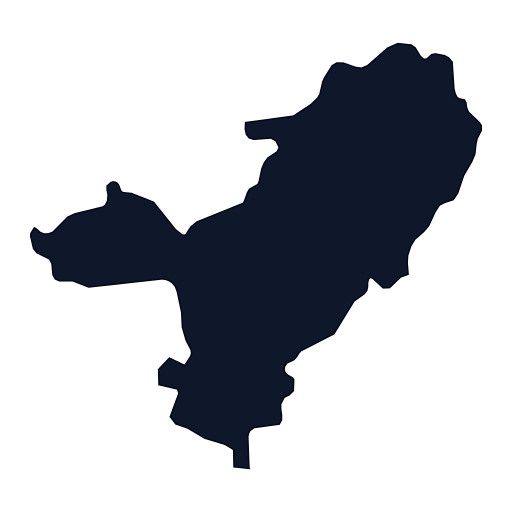 the border of Nuoro
{"feature_id": "ITA-5376", "entity_name": "Nuoro", "entity_type": "Province", "adm_level": 1, "iso_a3": "ITA", "parent_name": "Italy", "parent_adm1": "", "projection": "albers", "projection_center": [9.253, 40.262], "detail": "fine", "context": "isolated", "style": "filled", "palette": "ink", "viewbox_px": 512, "rotation_deg": 0, "n_neighbors": 0, "source": "natural_earth", "source_scale": "10m", "svg_char_len": 2198}
<svg xmlns="http://www.w3.org/2000/svg" viewBox="0 0 512 512"><path d="M452.1,62.0L453.9,88.8L455.1,93.7L457.0,97.5L459.4,98.9L464.5,100.0L466.0,103.0L466.4,107.3L468.4,112.2L479.0,122.2L481.2,125.4L481.3,130.3L477.1,138.6L476.0,143.6L474.8,154.1L471.7,161.5L463.6,175.4L457.6,193.2L453.1,199.7L444.9,202.3L439.4,205.1L435.1,211.7L428.6,225.7L423.9,231.3L414.7,239.4L410.7,246.0L407.6,255.5L407.2,263.0L408.1,274.3L400.6,277.0L389.6,287.6L383.2,287.9L373.1,278.5L370.5,277.3L368.3,279.3L367.6,282.8L367.5,286.8L366.8,290.3L364.3,293.7L354.0,301.0L333.9,333.8L300.6,350.9L298.6,353.3L296.7,356.6L293.7,359.8L286.7,363.1L284.4,366.9L284.2,369.4L284.6,371.5L285.6,373.3L287.1,374.8L292.7,378.1L293.7,379.7L293.3,390.8L289.3,394.7L284.1,397.3L280.6,404.3L280.7,409.3L281.5,414.7L281.5,419.8L279.3,424.1L253.9,427.6L249.9,430.6L248.5,433.3L247.8,436.5L248.9,467.1L249.3,468.4L234.0,466.8L233.7,450.4L233.3,449.6L232.6,448.8L224.4,444.1L204.8,438.2L187.5,427.9L175.8,423.9L170.3,416.7L179.0,393.1L177.5,389.0L159.0,384.7L158.6,369.5L169.4,358.1L184.7,365.5L190.7,356.4L191.6,353.2L191.1,349.8L186.2,340.4L182.4,327.1L181.7,312.4L177.3,291.5L175.4,286.5L172.3,282.7L168.9,280.5L165.5,279.3L162.0,278.9L88.7,287.0L72.7,280.8L59.4,280.8L55.4,279.0L53.0,274.8L52.0,263.7L49.6,259.0L36.9,252.7L33.6,248.6L30.7,236.3L30.9,233.4L34.3,227.9L36.0,228.7L40.1,232.4L44.0,234.0L48.5,233.9L52.9,232.2L67.8,217.1L74.8,213.9L103.2,206.9L105.6,204.9L107.6,200.8L108.1,195.0L107.1,190.0L107.1,185.9L110.9,182.6L113.0,181.9L115.0,182.1L116.8,183.0L118.4,184.8L120.4,190.1L121.2,191.5L122.8,192.6L131.4,193.5L153.5,202.2L175.3,229.5L182.3,235.1L185.5,235.2L191.0,226.8L197.1,221.9L243.2,203.3L244.6,200.8L247.6,192.5L249.6,189.1L257.9,184.5L259.2,181.7L261.9,168.7L264.5,162.6L267.9,158.0L277.2,151.8L279.3,147.4L275.9,140.8L271.1,138.0L253.9,139.3L249.2,137.9L246.4,134.3L245.3,129.0L245.6,122.6L293.5,116.1L311.2,104.4L317.8,97.9L320.0,94.1L322.8,81.9L324.6,77.8L332.2,65.7L336.8,63.0L343.4,63.1L355.5,67.4L361.6,68.2L367.7,65.6L387.7,48.0L397.8,43.6L411.1,45.0L415.1,47.8L420.3,56.3L423.6,59.3L426.6,59.2L431.8,54.6L435.4,53.9L444.6,55.7L448.5,57.8L452.1,62.0Z" fill="#0f172a" stroke="#020617" stroke-width="1.5"/></svg>